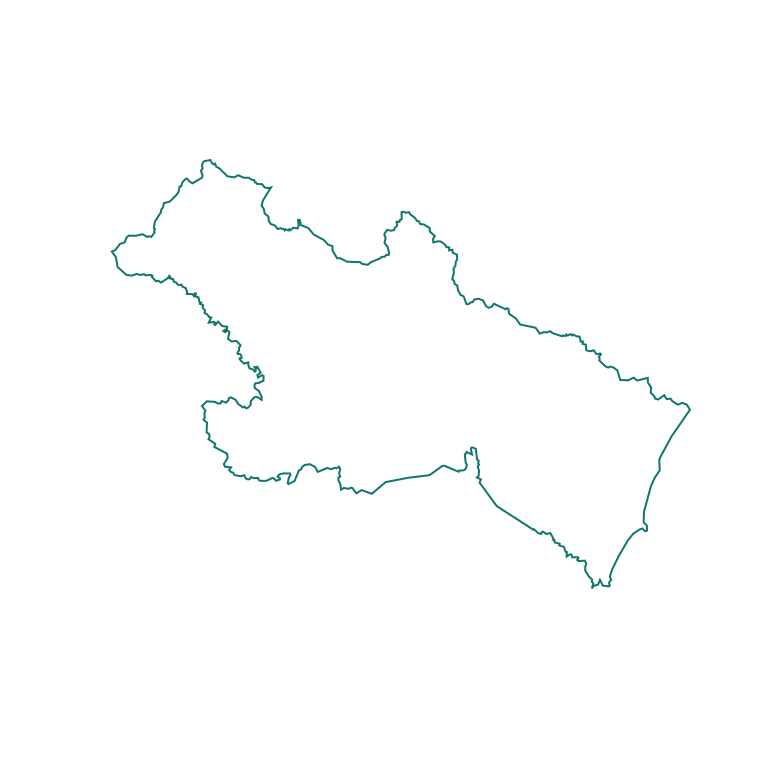 the district of Hua Hin, Prachuap Khiri Khan, Thailand, rotated 33°
{"feature_id": "78962969B56213444646576", "entity_name": "Hua Hin", "entity_type": "district", "adm_level": 2, "iso_a3": "THA", "parent_name": "Thailand", "parent_adm1": "Prachuap Khiri Khan", "projection": "mercator", "projection_center": [99.679, 12.495], "detail": "fine", "context": "isolated", "style": "outline", "palette": "teal", "viewbox_px": 768, "rotation_deg": 33, "n_neighbors": 0, "source": "geoboundaries", "source_scale": "gbopen_adm2", "svg_char_len": 6143}
<svg xmlns="http://www.w3.org/2000/svg" viewBox="0 0 768 768"><g transform="rotate(33 384 384)"><path d="M447.5,253.3L445.8,253.5L445.3,255.1L432.5,256.8L432.1,260.7L430.4,263.0L427.1,263.1L421.7,260.0L416.8,261.0L413.7,264.0L413.8,267.1L412.3,268.3L411.3,271.2L409.5,272.0L403.1,267.1L399.8,267.6L395.1,265.1L391.7,261.5L388.9,261.7L386.6,259.4L384.0,258.8L382.2,253.0L379.5,249.3L379.5,246.0L377.7,242.4L377.5,239.7L374.8,235.8L370.2,236.5L368.2,234.2L365.8,236.5L364.2,233.8L361.8,235.3L359.8,234.0L354.3,233.5L351.8,234.7L348.2,238.4L346.1,235.5L346.0,232.2L339.4,231.2L337.3,228.3L330.4,228.5L327.4,230.1L324.7,228.6L322.7,229.3L319.6,227.8L313.3,227.4L311.5,226.2L309.1,228.5L307.0,228.7L305.1,230.3L309.1,236.2L308.0,238.2L308.6,239.5L306.3,241.1L308.7,243.9L308.0,247.6L308.6,249.5L306.5,251.6L302.8,253.0L302.5,257.1L303.1,258.8L305.8,260.6L307.5,265.3L312.6,267.2L317.3,271.6L317.5,273.4L315.6,274.4L315.2,276.9L312.7,278.8L312.5,280.5L306.7,288.9L305.4,292.9L300.3,295.2L297.7,294.8L286.5,301.5L278.5,302.4L276.3,304.2L268.0,300.0L265.7,296.5L261.3,297.6L255.1,296.0L243.7,296.9L235.4,294.4L227.7,296.0L224.1,292.3L222.5,293.1L226.0,297.5L226.8,300.6L223.0,302.1L221.6,306.2L220.3,305.8L220.4,307.1L217.3,307.8L217.0,309.3L216.1,308.7L212.4,309.7L210.3,312.0L206.4,310.5L201.6,311.5L198.9,310.3L195.8,306.5L191.1,306.0L187.6,302.4L184.3,301.2L182.5,296.3L182.2,280.6L179.6,283.2L176.6,284.1L173.0,282.8L168.4,285.4L166.9,284.7L165.9,285.3L164.1,283.6L161.6,284.8L158.2,284.7L154.0,287.4L148.1,288.3L145.9,292.2L139.6,295.1L128.8,292.8L124.7,293.1L122.4,291.1L121.5,292.6L119.3,292.4L116.4,290.7L111.9,295.0L111.4,297.0L112.4,299.8L114.5,302.1L114.3,304.8L118.3,308.0L119.0,310.0L114.1,320.0L110.2,320.1L107.2,319.0L106.0,319.8L105.0,324.3L106.2,328.6L105.0,329.7L107.1,334.8L107.0,338.1L105.1,347.4L100.9,352.3L102.5,356.3L102.2,359.1L103.4,361.2L103.4,372.6L106.1,378.6L107.6,378.9L107.8,380.6L109.1,382.0L108.7,387.4L106.3,388.1L105.4,389.6L99.9,389.9L95.3,394.7L89.0,398.7L88.3,401.5L89.4,406.5L86.3,410.3L85.7,418.0L83.6,421.2L90.0,423.6L96.9,431.0L108.5,432.8L113.5,430.5L116.7,426.3L120.3,425.3L122.9,422.6L124.7,422.8L129.0,419.6L130.9,419.4L130.9,420.6L136.8,422.0L138.6,420.3L141.7,420.4L145.0,413.1L145.0,410.2L147.1,411.0L147.1,412.0L150.4,410.9L151.8,412.6L154.4,412.1L156.9,412.9L159.1,412.3L160.0,411.0L162.0,412.1L165.6,411.6L168.5,413.8L169.6,415.9L174.4,413.0L176.5,413.7L176.0,410.9L177.1,410.7L177.8,413.4L181.3,412.4L184.5,415.7L186.2,415.4L185.9,417.0L189.3,416.4L190.4,418.8L193.6,419.6L194.8,422.2L197.7,421.9L201.3,423.1L202.9,422.3L203.6,428.0L207.9,424.4L209.8,424.7L209.2,426.4L210.4,426.4L210.8,422.1L216.8,423.5L221.2,421.4L222.2,422.8L220.4,427.0L222.8,427.0L223.3,424.4L226.0,424.6L228.6,431.1L233.1,431.3L236.7,428.3L242.6,429.6L242.8,432.8L244.2,434.8L244.0,437.3L244.9,438.5L246.8,437.3L249.4,438.3L250.4,439.6L248.9,441.1L249.6,441.9L255.4,443.2L258.4,439.7L259.9,442.1L262.7,444.1L266.5,443.1L268.9,444.0L269.3,443.2L268.3,441.2L266.3,440.3L267.5,439.3L268.6,439.7L268.8,438.7L274.5,441.8L272.9,445.3L274.8,447.2L277.1,442.9L278.7,442.9L281.1,446.9L278.4,451.2L279.0,451.1L275.7,453.4L276.0,455.6L277.9,457.8L282.8,457.9L288.5,461.6L290.0,463.9L284.9,463.9L282.6,465.5L281.6,471.0L283.5,474.0L282.9,477.8L281.7,479.5L279.4,478.9L278.5,480.5L272.8,480.2L268.0,478.1L262.8,478.6L261.5,480.5L262.4,481.8L261.7,485.6L257.1,486.7L257.5,489.3L255.1,490.9L251.9,491.1L244.9,495.0L243.3,501.6L248.8,503.7L249.4,506.6L251.9,509.5L252.1,512.3L256.6,512.8L261.5,521.1L264.6,521.3L266.3,522.9L266.9,525.9L275.0,526.1L276.0,529.2L290.2,527.9L293.1,531.0L293.3,538.4L295.8,540.0L301.0,537.2L300.9,540.5L303.3,541.2L305.6,540.5L308.2,541.8L314.3,539.3L316.4,536.6L319.9,538.5L321.9,538.1L323.3,536.7L323.2,534.3L325.8,534.1L329.5,531.4L331.3,532.7L333.0,532.6L338.1,529.3L341.4,523.8L343.2,523.1L346.2,524.0L348.7,520.7L348.0,519.7L345.2,519.6L345.4,517.0L347.9,514.1L353.9,510.2L355.2,511.3L355.1,513.8L357.2,519.7L358.4,519.9L361.8,514.0L359.7,502.9L361.0,500.8L360.5,497.9L361.6,495.1L365.5,491.6L371.3,491.1L376.3,493.8L382.1,485.4L385.8,484.3L388.6,480.9L390.2,480.5L391.3,477.8L393.6,479.2L395.0,483.4L397.7,485.6L396.7,487.3L398.2,489.6L401.9,491.8L405.5,496.0L407.0,493.1L411.4,491.1L413.0,488.8L414.4,488.5L420.3,490.8L423.0,485.2L433.6,482.7L438.8,465.4L455.0,449.8L471.9,435.6L477.5,421.0L479.2,419.7L494.4,416.9L494.1,415.8L498.1,412.8L498.6,410.4L497.6,406.6L495.4,405.6L490.0,398.8L490.7,397.5L490.2,396.0L496.2,395.2L492.1,390.9L491.9,389.8L492.8,389.0L496.3,388.4L503.2,396.6L505.3,396.9L506.3,399.5L507.5,399.8L507.8,402.6L510.8,404.7L513.4,409.6L512.9,411.8L517.2,411.2L517.9,414.7L545.1,425.0L588.5,424.9L588.7,424.1L594.8,425.1L597.5,424.0L596.9,422.8L597.7,421.2L601.9,421.4L604.6,418.4L610.5,421.5L610.6,422.6L612.0,422.2L613.4,423.9L618.2,422.3L618.9,423.9L623.6,422.6L627.7,425.8L628.9,425.4L631.2,429.2L632.8,425.4L634.2,425.0L636.1,426.9L641.0,423.6L642.0,424.2L641.8,426.4L643.6,426.6L648.6,422.8L651.5,424.5L652.3,427.7L654.4,430.9L660.5,433.8L665.1,434.7L666.1,436.7L668.1,437.2L669.6,442.2L669.9,438.9L672.8,435.7L671.8,430.6L677.3,433.9L682.8,431.3L683.2,430.1L681.4,428.7L680.8,426.8L681.3,424.6L678.3,422.5L676.4,415.6L674.5,399.7L673.7,382.2L674.6,373.7L677.7,366.6L679.3,364.5L683.5,365.2L684.4,363.6L681.5,359.5L677.0,358.5L671.6,349.4L663.4,324.0L662.1,314.9L662.3,306.3L656.7,298.5L655.6,295.4L653.7,271.2L654.6,238.9L649.3,236.4L644.4,237.4L641.8,241.2L635.2,241.4L632.4,240.2L629.2,242.7L625.2,240.8L622.3,247.7L619.1,248.6L617.8,247.2L612.4,246.0L609.9,241.5L604.4,238.9L601.9,235.2L594.4,243.2L589.9,242.7L586.9,247.8L580.0,252.0L572.2,245.5L567.2,245.2L564.0,246.3L563.0,248.1L560.3,248.6L551.7,247.0L551.1,245.2L549.4,244.2L549.9,241.1L548.5,240.7L547.5,242.3L545.3,243.2L541.6,241.4L539.3,244.1L535.4,245.6L531.9,241.1L528.6,242.2L527.8,240.1L525.7,241.2L522.8,238.0L521.1,238.0L520.4,238.9L515.3,239.7L515.3,240.8L513.3,240.6L511.7,243.3L509.9,243.2L510.1,245.0L507.4,246.1L507.3,247.0L497.9,249.5L494.7,249.2L491.7,252.6L489.8,253.4L487.3,256.9L480.5,254.3L465.8,259.9L458.8,257.2L450.7,256.9L447.5,253.3Z" fill="none" stroke="#0f766e" stroke-width="2"/></g></svg>